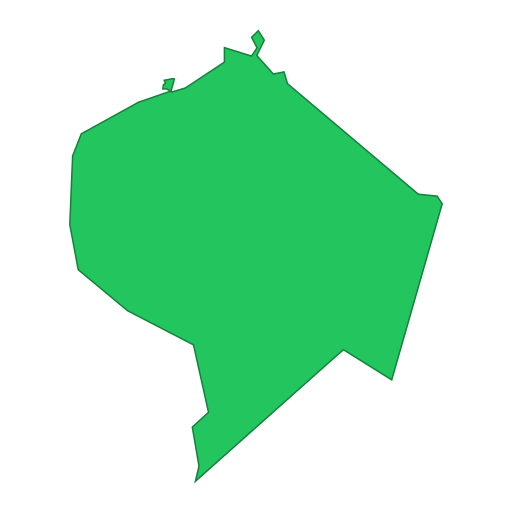 Lincoln, Kentucky, United States of America (Natural Earth projection)
{"feature_id": "52423323B85940077670838", "entity_name": "Lincoln", "entity_type": "district", "adm_level": 2, "iso_a3": "USA", "parent_name": "United States of America", "parent_adm1": "Kentucky", "projection": "natural_earth1", "projection_center": [-84.689, 37.439], "detail": "fine", "context": "isolated", "style": "filled", "palette": "green", "viewbox_px": 512, "rotation_deg": 0, "n_neighbors": 0, "source": "geoboundaries", "source_scale": "gbopen_adm2", "svg_char_len": 597}
<svg xmlns="http://www.w3.org/2000/svg" viewBox="0 0 512 512"><path d="M391.7,379.9L442.2,203.8L437.1,196.1L418.3,194.2L287.5,83.7L284.0,71.9L273.3,74.0L256.8,55.5L264.3,40.2L258.3,30.7L251.6,37.3L257.0,47.8L251.5,56.1L224.4,47.6L224.4,62.1L185.5,87.9L171.8,92.1L171.0,91.1L173.5,82.5L174.3,78.9L172.5,78.7L164.2,80.3L165.5,83.2L163.4,84.8L162.9,89.0L166.5,88.8L170.5,91.2L138.7,102.1L81.3,133.8L72.6,156.0L69.8,224.6L78.2,269.7L127.5,310.7L193.5,344.9L208.5,412.3L192.3,427.1L199.0,466.2L195.4,481.3L327.4,363.8L343.4,349.7L391.7,379.9Z" fill="#22c55e" stroke="#15803d" stroke-width="1.5"/></svg>